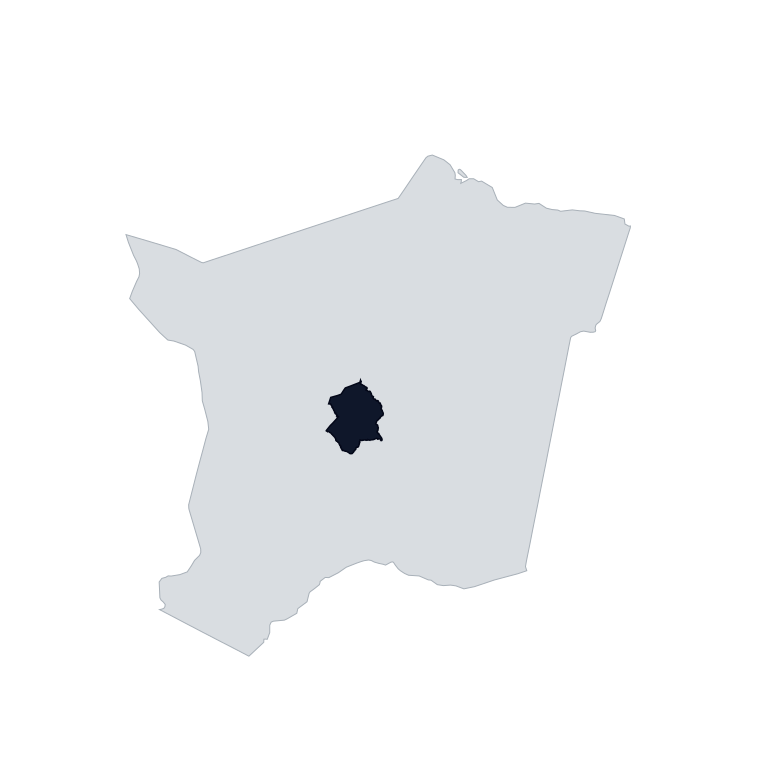 Samburu East, Rift Valley, Kenya (highlighted), rotated 252°
{"feature_id": "3690345B82723098757823", "entity_name": "Samburu East", "entity_type": "district", "adm_level": 2, "iso_a3": "KEN", "parent_name": "Kenya", "parent_adm1": "Rift Valley", "projection": "orthographic", "projection_center": [37.446, 1.109], "detail": "fine", "context": "in_parent", "style": "filled", "palette": "ink", "viewbox_px": 768, "rotation_deg": 252, "n_neighbors": 0, "source": "geoboundaries", "source_scale": "gbopen_adm2", "svg_char_len": 8442}
<svg xmlns="http://www.w3.org/2000/svg" viewBox="0 0 768 768"><g transform="rotate(252 384 384)"><path d="M162.3,462.1L162.2,452.6L163.5,428.5L163.3,407.3L164.5,396.7L169.8,390.0L172.2,385.1L173.9,378.2L176.7,372.7L182.9,368.1L184.0,365.6L190.6,358.1L194.5,348.3L197.5,345.0L201.2,342.0L203.8,340.4L208.2,338.8L211.5,337.9L212.2,337.1L212.4,335.5L211.3,329.5L212.8,327.5L215.1,323.5L217.7,319.7L220.1,317.3L221.4,314.9L222.1,310.6L222.2,307.6L222.1,302.7L221.4,291.5L218.6,282.2L216.9,271.7L218.2,268.3L216.0,262.2L214.9,261.8L213.1,260.5L210.9,254.7L209.2,249.5L208.1,248.1L200.7,243.5L197.0,232.6L192.9,230.2L190.6,219.4L190.2,216.3L192.6,205.6L192.4,203.1L189.9,200.8L182.9,198.5L177.3,194.1L178.0,192.5L178.4,190.9L175.5,189.8L166.9,171.4L178.1,160.4L189.4,149.2L203.8,135.0L217.1,122.0L228.6,110.8L238.8,100.8L238.6,102.7L238.6,105.2L239.9,106.8L241.9,107.8L244.9,106.7L247.4,105.2L249.9,104.8L265.2,109.0L267.8,112.7L267.6,116.6L268.2,119.4L267.1,122.3L265.8,130.9L266.1,138.8L270.7,144.7L274.8,149.3L278.0,155.7L280.4,157.7L283.8,158.7L294.3,159.0L309.9,159.4L324.9,159.8L326.3,160.0L329.5,160.9L343.3,169.6L356.0,177.6L366.7,184.5L377.1,191.3L387.2,197.8L395.1,203.3L402.8,204.9L415.4,205.7L424.1,206.0L432.1,208.3L444.1,210.4L453.0,211.5L458.4,212.7L473.4,214.0L475.8,213.2L482.4,207.2L489.8,197.4L492.6,192.0L502.2,186.6L518.9,179.1L530.7,173.8L543.8,168.5L549.7,173.1L558.0,180.4L561.7,184.1L564.6,185.7L569.1,186.8L574.5,186.8L577.5,186.6L583.6,185.6L597.7,184.7L605.8,184.8L599.1,194.6L591.0,206.4L576.0,228.0L564.5,239.4L555.9,248.1L555.1,249.6L555.2,259.2L555.3,282.7L555.6,329.6L555.8,376.5L556.0,423.5L556.1,446.9L556.1,454.8L563.7,464.7L571.2,474.3L581.0,487.0L586.2,493.8L587.1,496.1L586.8,500.7L578.7,510.2L572.1,514.6L563.1,516.7L560.5,516.3L557.0,514.9L555.6,517.2L554.5,520.8L552.6,520.0L551.1,519.0L552.0,525.3L552.9,528.4L551.5,532.7L547.2,536.4L546.8,539.5L537.4,547.7L524.0,548.6L517.0,552.6L513.9,556.0L511.5,563.2L512.3,574.4L508.6,582.9L507.9,587.2L501.0,592.8L497.9,597.9L495.7,603.1L493.7,605.3L491.4,616.9L488.1,624.0L487.3,626.3L486.5,628.4L484.0,632.6L482.4,635.4L481.2,637.3L473.0,655.4L466.7,663.5L461.7,662.6L458.4,665.7L458.1,667.2L456.3,666.4L452.2,663.4L443.7,657.3L435.2,651.2L426.6,645.0L418.1,638.9L409.6,632.8L401.1,626.7L392.6,620.5L384.0,614.4L379.0,610.8L376.8,608.7L375.1,604.4L374.2,603.4L372.0,602.1L369.3,601.8L368.5,601.0L368.6,598.9L369.5,596.0L372.6,590.3L373.0,587.0L372.3,583.3L371.4,577.2L370.5,575.9L364.9,572.7L353.0,566.1L341.1,559.5L329.3,552.9L317.4,546.3L305.6,539.6L293.7,533.0L281.8,526.4L270.0,519.8L258.1,513.2L246.2,506.5L234.4,499.9L222.5,493.3L210.6,486.6L198.8,480.0L186.9,473.4L175.1,466.7L170.6,464.2L166.6,462.1L162.3,462.1ZM556.9,526.5L554.8,527.0L555.9,523.8L562.0,519.7L564.5,520.6L564.9,521.5L564.8,522.4L563.8,523.2L556.9,526.5Z" fill="#d9dde1" stroke="#a8b0b8" stroke-width="1"/><path d="M394.8,362.8L393.0,361.6L392.4,351.3L392.2,346.0L390.4,343.6L388.9,341.8L387.5,340.0L387.4,336.1L387.7,329.2L382.2,325.2L382.0,325.6L382.0,325.9L381.8,326.1L381.8,326.5L381.7,326.8L381.7,327.0L381.0,327.1L380.8,327.3L380.7,327.4L380.2,327.2L379.8,327.5L379.2,327.5L378.5,327.6L378.4,327.5L378.2,327.4L378.0,327.9L377.6,327.7L377.2,327.7L376.8,327.9L376.3,327.8L375.7,328.1L374.4,328.1L373.3,328.4L372.8,328.6L372.6,328.5L372.4,328.3L372.1,328.4L372.0,328.5L371.5,328.6L371.4,328.8L371.2,328.5L371.1,328.4L370.7,328.6L370.3,329.0L369.9,329.2L369.8,329.4L369.4,329.4L369.4,329.5L369.1,329.8L368.7,329.9L368.4,329.7L368.1,329.0L367.9,329.1L367.9,329.4L367.6,329.7L367.4,330.3L367.0,330.5L367.0,330.4L367.1,330.1L366.8,329.6L366.6,329.6L366.4,329.1L366.1,329.1L365.8,328.7L362.5,322.9L361.1,320.1L357.6,314.8L357.4,314.6L357.2,314.6L356.4,315.5L356.0,315.6L356.0,315.9L355.9,316.2L356.0,316.4L355.9,316.7L355.3,317.3L354.9,317.3L354.7,317.4L354.0,318.2L353.0,318.6L352.2,318.9L352.0,319.1L351.9,319.2L351.2,319.4L350.9,319.6L350.4,319.8L349.9,320.1L349.1,320.4L348.6,320.7L348.0,320.9L347.7,321.0L347.5,320.9L347.2,320.9L347.0,321.0L346.8,321.2L346.6,321.2L346.3,321.0L345.4,320.8L344.9,320.9L344.3,321.2L344.2,321.5L343.8,321.8L343.6,322.1L342.9,322.1L342.0,322.9L341.7,322.9L341.4,322.8L341.1,322.9L340.6,322.8L340.0,323.1L339.6,323.0L339.2,323.0L338.9,323.1L338.5,323.5L338.2,323.7L337.9,323.6L337.6,323.3L337.2,323.2L336.5,323.4L335.9,323.4L334.9,323.7L333.9,323.8L333.6,323.9L333.6,324.1L333.7,324.5L333.4,324.8L333.2,325.1L332.7,325.4L332.4,326.0L332.1,326.3L331.7,327.1L331.6,327.4L331.1,328.0L330.4,328.5L330.2,328.9L329.7,329.3L328.7,329.7L328.3,330.3L328.1,330.6L328.0,330.8L328.0,331.2L327.7,331.8L327.7,332.2L328.8,334.2L328.9,334.3L329.2,334.3L329.3,334.4L329.4,334.6L329.7,335.6L330.2,336.0L330.4,336.2L330.5,336.8L331.1,337.3L331.7,337.5L332.1,337.7L332.2,337.9L332.3,338.4L332.3,338.9L332.0,339.4L332.1,339.8L332.5,340.5L333.8,341.4L334.5,341.9L334.7,342.1L335.1,342.2L335.5,342.3L335.6,342.6L335.8,342.9L336.2,342.9L336.6,342.8L336.9,343.1L337.1,343.4L337.3,343.7L337.5,343.9L338.0,344.0L337.9,344.1L338.0,344.4L337.9,344.6L337.2,345.2L337.2,345.4L337.1,345.7L337.2,345.9L337.1,346.2L337.2,346.4L337.0,346.6L337.0,346.9L337.1,347.2L336.8,347.5L336.9,348.0L336.7,348.7L336.6,348.8L336.6,349.1L336.3,349.2L336.2,349.3L336.3,349.4L336.1,349.7L336.2,349.8L336.1,350.2L335.8,350.5L335.7,350.8L335.8,351.1L335.7,351.4L335.9,351.5L335.6,351.7L335.5,351.9L335.5,352.1L335.6,352.3L335.2,352.6L335.1,353.0L334.9,353.2L335.0,353.3L334.9,354.4L334.9,354.6L334.7,355.0L334.6,355.9L334.4,356.2L334.4,357.7L334.7,358.5L334.5,359.0L334.6,360.3L334.0,360.9L333.8,360.9L333.5,360.9L333.4,361.0L333.4,361.8L333.5,361.9L333.6,362.1L333.5,362.3L333.3,362.5L333.1,362.9L332.9,363.5L332.5,363.5L332.3,363.6L332.1,363.9L331.9,364.0L331.7,363.9L331.4,364.0L331.2,363.7L331.0,364.1L330.9,364.3L331.0,364.5L331.3,364.8L331.8,365.0L332.5,365.0L332.8,365.1L333.0,365.0L333.2,364.8L333.5,365.0L334.2,364.8L334.4,364.6L334.8,364.6L337.1,363.9L337.9,363.4L338.0,363.7L338.4,363.8L338.6,363.7L338.6,363.1L339.5,362.9L339.8,362.9L339.9,362.7L340.3,362.6L340.6,362.7L340.8,363.0L341.2,362.9L341.3,363.0L341.5,363.2L341.7,363.8L342.0,363.9L342.2,364.1L342.6,364.1L342.8,364.1L343.0,364.1L343.1,364.5L343.5,364.5L343.7,364.8L343.9,365.0L344.2,365.0L344.2,364.9L344.4,364.9L344.7,365.1L345.8,364.9L346.0,364.9L346.1,365.1L346.6,365.2L346.9,365.2L347.2,365.0L347.5,364.7L347.8,364.6L347.9,364.4L348.1,364.3L348.3,364.0L348.5,363.9L348.9,363.9L349.7,364.6L349.9,364.9L350.4,365.2L350.7,365.4L350.9,365.7L351.4,366.3L351.6,367.2L351.8,367.3L352.1,368.2L352.5,368.6L352.8,369.3L352.8,369.7L353.0,370.0L353.6,370.3L353.8,370.8L354.0,371.1L354.1,371.4L354.3,371.8L354.3,372.1L354.4,372.5L354.4,373.0L354.9,373.1L355.0,373.7L355.4,373.7L356.3,374.2L356.5,374.3L357.4,374.1L357.6,374.1L357.8,374.1L358.3,374.1L358.6,373.9L359.0,374.1L359.5,374.1L360.1,373.8L360.4,373.8L360.6,373.4L360.9,373.4L361.3,373.6L361.5,373.6L362.0,373.6L362.1,373.8L362.0,374.1L362.7,374.4L362.9,374.7L363.4,374.8L363.6,374.7L363.8,374.6L364.1,374.8L364.3,374.9L364.7,374.4L365.0,374.2L365.4,374.5L365.7,374.6L366.0,374.5L366.6,374.4L367.0,374.5L367.1,374.3L367.1,373.9L367.1,373.7L367.5,373.7L367.9,373.5L368.2,373.5L368.4,373.5L368.9,373.2L369.1,373.0L369.4,373.1L369.6,373.0L369.8,373.2L370.1,373.0L370.2,372.5L370.4,372.3L370.4,372.2L370.2,372.2L370.2,371.9L370.3,371.8L370.5,371.8L370.6,371.5L370.9,371.2L371.2,371.2L371.5,371.1L371.8,371.1L372.2,370.7L372.3,370.8L372.4,370.7L372.6,370.6L372.7,370.1L372.8,369.8L373.2,369.4L373.5,369.4L373.9,369.2L374.2,369.2L374.4,369.4L374.4,369.6L375.1,370.0L375.2,369.9L375.4,369.6L375.7,369.6L375.8,369.4L376.0,369.2L376.1,368.9L376.4,368.7L376.5,368.7L376.9,369.0L377.5,368.9L377.9,368.7L378.3,368.7L378.8,369.0L379.4,368.8L380.1,368.8L380.4,368.6L380.5,368.6L381.1,368.6L381.3,368.5L381.5,368.2L381.7,367.8L381.6,367.6L381.7,367.1L381.9,366.6L382.6,366.3L383.0,365.9L383.3,365.8L383.5,365.6L383.4,365.4L383.6,365.0L384.3,365.3L384.4,365.8L384.6,365.9L384.9,365.8L385.0,365.9L384.9,366.2L385.1,366.3L385.3,366.2L385.4,366.4L385.4,366.7L385.6,366.7L385.9,366.4L386.2,366.4L386.4,366.2L386.6,366.0L387.0,365.5L387.4,365.0L387.9,364.9L388.1,364.6L388.4,364.5L388.7,364.4L388.8,364.3L388.9,364.1L389.5,363.3L389.6,363.1L390.0,363.1L390.2,362.9L390.4,362.6L390.6,362.5L390.8,362.3L390.8,361.8L391.1,361.6L391.3,361.6L391.2,362.1L391.6,361.9L392.1,362.3L392.9,362.6L393.0,362.8L393.3,363.1L393.7,363.1L394.3,362.8L394.8,362.8Z" fill="#0f172a" stroke="#020617" stroke-width="1.5"/></g></svg>